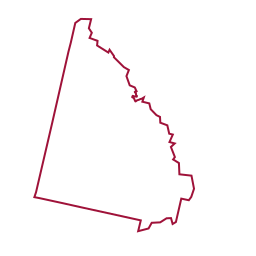 the district of Cullman, Alabama, United States of America, rotated 282°
{"feature_id": "52423323B47632571632654", "entity_name": "Cullman", "entity_type": "district", "adm_level": 2, "iso_a3": "USA", "parent_name": "United States of America", "parent_adm1": "Alabama", "projection": "robinson", "projection_center": [-86.753, 34.086], "detail": "fine", "context": "isolated", "style": "outline", "palette": "rose", "viewbox_px": 256, "rotation_deg": 282, "n_neighbors": 0, "source": "geoboundaries", "source_scale": "gbopen_adm2", "svg_char_len": 1372}
<svg xmlns="http://www.w3.org/2000/svg" viewBox="0 0 256 256"><g transform="rotate(282 128 128)"><path d="M29.2,159.4L34.0,169.0L40.2,170.9L42.4,179.1L47.7,184.5L48.8,188.8L43.4,191.6L46.0,194.4L70.0,194.8L70.0,202.5L73.7,204.2L82.3,205.2L94.6,200.0L93.4,187.9L104.3,185.1L106.6,178.7L109.3,179.9L118.4,173.9L122.6,176.9L122.9,171.5L130.9,173.2L131.0,169.5L138.8,165.9L139.9,158.5L145.5,157.0L146.5,153.1L151.1,146.3L156.5,143.7L156.7,136.6L161.1,137.1L159.6,135.5L159.3,135.1L159.0,134.3L158.8,134.0L158.3,133.3L157.8,132.7L157.3,131.7L156.8,130.9L156.3,130.6L155.8,130.1L155.6,129.9L155.6,129.7L156.2,129.1L157.5,128.3L158.2,127.6L158.5,127.2L158.9,126.4L159.0,125.8L159.4,125.7L160.0,125.8L160.4,126.0L160.4,126.4L160.4,127.0L160.1,127.6L160.1,127.9L160.4,128.7L160.4,129.8L160.5,130.0L161.1,130.1L161.8,129.2L162.3,128.9L163.4,128.6L163.8,128.2L164.3,127.4L164.5,127.3L164.7,127.2L165.0,127.4L165.2,127.6L165.3,128.1L165.3,128.5L165.7,128.8L166.0,128.5L166.4,128.2L167.0,127.7L168.2,126.9L168.6,126.6L169.1,126.1L170.1,120.8L178.4,115.7L184.9,116.8L186.7,111.3L194.3,99.5L195.4,99.4L200.7,93.7L197.7,93.1L202.3,80.6L206.9,80.1L208.1,71.7L213.6,72.8L217.4,69.0L226.8,69.3L224.9,59.2L219.8,54.6L199.5,54.3L190.3,53.9L124.5,52.9L117.7,52.8L46.1,51.4L40.9,50.8L41.0,55.8L40.9,79.8L40.7,98.7L40.3,159.7L29.2,159.4Z" fill="none" stroke="#9f1239" stroke-width="2"/></g></svg>